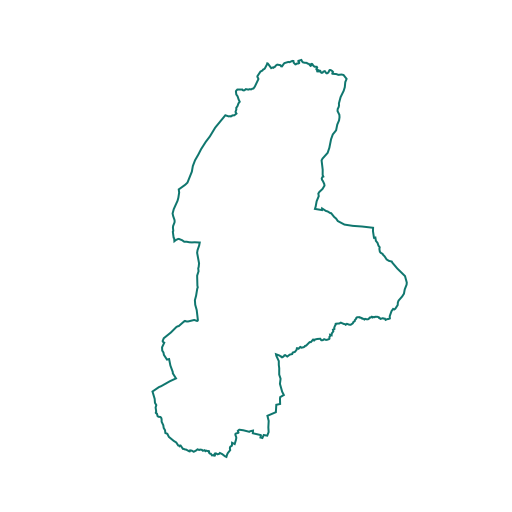 Tunja, Boyacá, Colombia, rotated 150°
{"feature_id": "7082276B30096704247804", "entity_name": "Tunja", "entity_type": "district", "adm_level": 2, "iso_a3": "COL", "parent_name": "Colombia", "parent_adm1": "Boyacá", "projection": "albers", "projection_center": [-73.373, 5.515], "detail": "fine", "context": "isolated", "style": "outline", "palette": "teal", "viewbox_px": 512, "rotation_deg": 150, "n_neighbors": 0, "source": "geoboundaries", "source_scale": "gbopen_adm2", "svg_char_len": 6128}
<svg xmlns="http://www.w3.org/2000/svg" viewBox="0 0 512 512"><g transform="rotate(150 256 256)"><path d="M416.1,129.6L415.7,125.4L415.0,125.0L414.2,123.9L413.4,123.4L411.4,120.1L411.0,119.9L410.2,120.6L409.0,119.6L407.8,117.6L405.4,117.5L403.3,117.8L402.2,116.4L401.2,116.3L399.8,115.2L399.4,113.9L397.6,113.5L397.4,112.3L396.4,112.3L395.3,111.1L394.4,110.7L394.3,110.3L394.9,109.5L395.0,108.9L394.7,107.9L394.0,107.4L393.8,105.3L392.2,104.8L392.1,104.0L391.5,103.7L391.0,104.1L390.7,105.3L390.2,105.5L389.4,105.1L388.5,103.5L386.9,103.1L385.8,103.5L384.3,101.3L383.0,98.1L382.1,96.8L380.4,98.4L379.0,99.4L375.4,100.8L374.9,102.3L374.2,103.3L373.5,103.7L371.7,103.8L370.1,106.2L368.5,103.8L365.6,106.5L364.1,108.2L363.7,109.0L363.3,111.4L362.9,112.1L362.1,112.3L359.7,111.7L359.4,111.9L359.2,113.6L357.9,113.9L357.3,113.9L354.1,111.4L349.7,107.1L348.8,107.2L345.9,106.3L347.4,104.1L341.4,98.5L341.4,98.2L342.9,96.6L341.5,95.2L338.8,97.1L336.1,94.8L333.1,97.2L331.0,101.4L327.5,106.8L326.0,111.9L316.9,110.8L312.8,117.0L309.1,115.8L306.6,120.4L305.6,121.7L301.4,121.7L301.2,125.4L299.2,133.3L296.1,137.4L295.2,141.7L292.0,147.2L290.7,150.3L288.8,153.6L288.3,159.4L287.8,160.9L285.4,158.0L284.4,155.7L284.1,155.9L283.6,155.1L282.0,155.3L281.0,155.8L280.3,155.6L279.2,153.3L276.1,153.7L273.7,153.0L272.5,154.0L270.2,153.5L267.7,154.5L266.7,155.7L266.3,155.5L265.5,154.4L263.3,155.1L262.9,155.0L262.6,153.9L260.4,153.2L259.3,153.2L258.5,153.6L257.4,153.3L252.6,154.6L251.6,154.0L251.1,154.1L248.4,155.1L248.1,154.9L248.1,153.9L247.8,153.7L246.7,154.2L244.4,153.5L241.7,152.2L241.6,150.5L241.2,150.1L240.1,149.7L238.6,149.9L237.4,148.4L236.7,148.0L234.3,147.5L233.7,147.7L232.9,149.2L231.5,149.7L231.2,150.6L230.2,149.5L229.1,151.1L228.2,151.4L226.6,152.2L226.2,153.7L224.6,153.6L224.0,154.9L222.3,156.2L221.3,156.7L221.1,157.3L220.6,157.4L217.6,155.9L215.9,155.9L213.9,153.2L213.0,152.5L212.7,151.6L211.2,151.8L209.6,149.9L208.4,149.1L205.8,149.3L204.8,150.1L203.1,150.2L202.5,151.0L200.5,151.7L200.0,152.3L199.1,152.4L198.3,152.0L196.8,151.2L196.8,150.6L195.4,149.5L195.4,148.6L194.1,147.7L193.9,146.8L192.8,146.9L191.5,145.6L190.1,145.1L188.3,145.8L187.8,145.4L186.2,145.6L185.7,145.1L185.8,144.5L184.2,144.2L183.9,143.7L182.8,143.6L181.1,142.5L180.2,141.4L180.4,140.8L179.8,140.3L179.7,139.3L177.2,138.7L176.9,138.1L175.7,137.3L175.7,135.9L173.8,135.7L172.8,135.2L171.3,135.0L170.3,137.0L166.2,140.5L163.7,141.6L163.1,140.6L161.7,140.7L157.8,142.7L156.4,144.8L154.8,146.1L149.6,147.9L146.7,149.4L143.9,152.7L139.9,155.9L138.7,157.6L137.0,164.1L139.9,174.5L141.3,182.2L141.2,183.3L143.3,185.3L144.6,187.7L144.8,191.4L145.4,193.7L145.3,194.5L146.4,196.4L146.6,197.8L145.6,200.5L144.7,201.4L144.5,202.0L144.8,203.6L144.2,206.6L144.6,209.2L143.4,212.3L144.7,212.6L144.6,213.1L142.3,219.0L140.5,221.9L149.4,228.5L157.1,233.7L163.7,239.0L167.7,245.4L167.9,248.3L168.8,250.8L169.5,255.5L170.2,256.0L171.7,258.8L172.9,260.0L175.0,264.1L175.9,262.8L181.4,267.3L179.5,269.1L176.1,273.1L171.7,276.5L170.8,278.9L169.1,279.8L164.9,280.8L161.5,282.7L160.9,284.2L160.6,287.3L160.7,289.1L160.3,290.3L159.0,291.2L158.0,291.1L157.8,292.8L155.1,297.4L151.4,306.0L149.7,307.1L142.4,309.5L138.4,313.0L132.6,319.6L128.7,322.9L123.8,324.8L119.9,329.2L116.3,331.9L114.3,334.4L113.2,336.6L112.9,340.8L111.7,342.5L110.0,343.6L108.8,344.9L107.9,346.7L103.3,351.3L97.5,355.2L94.7,357.8L91.7,362.0L89.0,364.1L89.7,369.0L91.2,370.4L94.1,371.7L95.5,373.4L98.7,375.6L98.6,376.1L97.3,376.9L97.5,378.0L98.4,379.7L99.2,380.2L99.6,380.1L101.5,378.8L102.7,378.6L103.4,378.8L103.7,379.3L104.0,381.7L105.4,382.0L106.7,381.5L107.6,381.8L107.9,382.3L107.8,384.3L108.0,384.5L109.0,384.3L109.0,385.4L109.3,385.5L110.0,385.1L110.6,385.2L110.6,385.6L109.7,386.5L110.3,387.1L110.3,387.7L108.8,388.6L108.8,389.5L110.7,390.7L111.2,392.3L111.3,394.1L111.6,394.5L112.1,394.7L113.0,393.4L113.7,393.4L114.2,396.0L115.2,396.9L115.5,397.9L117.2,399.0L118.5,400.2L118.8,401.4L118.7,403.1L121.7,403.8L122.0,403.3L121.8,402.1L122.2,401.5L123.3,401.6L124.2,402.2L125.8,402.1L126.1,402.3L126.7,404.6L126.1,406.2L127.1,406.8L130.1,407.1L131.0,407.9L134.8,408.8L135.5,408.7L138.7,407.2L139.4,407.7L139.4,409.0L141.9,411.1L143.5,411.0L145.4,410.3L146.0,410.6L146.8,410.3L147.3,410.9L148.9,411.1L149.5,416.7L149.9,417.2L150.9,416.3L154.6,414.0L155.2,413.8L156.7,413.9L157.7,413.4L159.9,413.5L164.9,411.0L165.2,410.5L165.3,408.4L165.6,407.9L172.3,403.3L174.5,402.3L175.5,402.7L176.9,402.7L178.2,403.7L179.4,403.9L181.4,405.6L183.1,405.3L183.8,405.5L184.6,406.3L184.6,407.0L188.9,409.5L190.6,409.0L191.2,408.4L192.3,405.7L192.1,403.5L192.8,400.1L193.0,397.7L194.8,397.0L197.2,395.0L199.0,394.2L199.8,392.7L201.7,391.0L201.7,389.1L204.5,388.7L206.2,389.6L207.3,389.3L208.1,389.5L208.4,390.0L209.8,390.5L212.2,393.2L227.1,387.6L236.2,382.6L242.4,380.0L250.1,376.0L255.2,372.7L260.9,369.4L265.7,365.5L269.4,361.1L278.7,353.8L281.6,353.1L289.6,352.3L290.8,349.4L294.1,345.3L296.3,343.1L303.8,337.7L307.0,334.5L307.8,331.9L308.6,327.8L309.2,326.6L309.8,325.8L312.7,323.5L313.7,322.2L315.1,319.1L315.9,318.6L318.2,313.0L318.0,312.3L319.3,309.6L317.4,309.9L314.9,309.7L314.2,309.3L312.1,306.6L311.0,304.2L309.0,303.1L306.7,301.1L304.7,299.8L302.3,298.6L298.0,295.8L300.0,293.5L303.7,290.3L305.4,288.2L309.0,278.1L311.1,275.2L312.2,274.2L313.4,271.5L316.8,268.4L321.6,259.6L322.1,258.0L323.2,257.1L327.8,251.5L331.0,248.3L333.0,244.2L334.4,238.8L338.4,229.5L339.1,229.1L339.5,229.2L341.5,231.5L347.7,233.3L349.1,234.2L349.5,234.9L350.3,235.0L350.5,235.4L358.0,233.9L359.0,234.3L360.5,234.3L368.0,232.3L377.0,230.9L379.4,229.0L379.4,227.9L378.8,226.8L383.0,223.9L384.5,221.0L384.4,218.7L385.2,216.4L384.9,210.8L382.8,210.2L384.9,204.0L386.1,197.1L386.7,196.0L386.5,190.0L393.1,190.6L403.4,190.7L405.6,191.0L413.4,190.4L415.2,182.9L416.9,179.4L416.9,176.7L418.7,175.0L420.1,171.4L421.2,170.3L421.1,169.7L420.6,169.1L421.3,166.5L420.8,165.5L419.3,164.4L419.0,163.4L419.3,162.0L420.6,159.6L420.9,155.8L421.9,153.3L421.9,150.6L423.0,148.0L421.7,146.4L421.9,142.9L419.7,137.0L418.3,134.4L418.1,130.8L417.3,130.1L417.3,129.6L416.4,129.8L416.1,129.6Z" fill="none" stroke="#0f766e" stroke-width="2"/></g></svg>